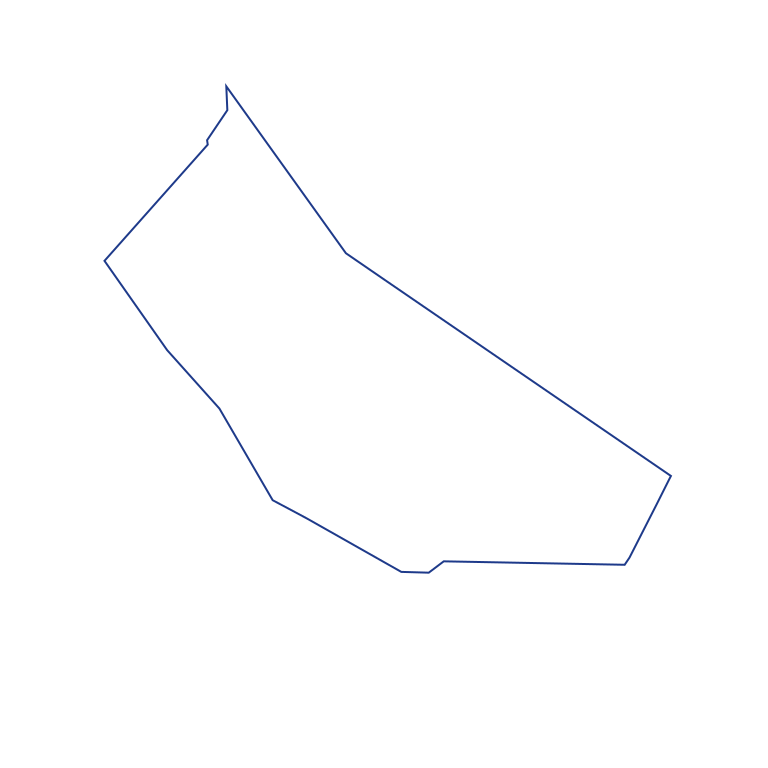 the district of Montgomery, New York, United States of America, rotated 34°
{"feature_id": "52423323B77336622441555", "entity_name": "Montgomery", "entity_type": "district", "adm_level": 2, "iso_a3": "USA", "parent_name": "United States of America", "parent_adm1": "New York", "projection": "equal_earth", "projection_center": [-74.427, 42.91], "detail": "fine", "context": "isolated", "style": "outline", "palette": "blue", "viewbox_px": 768, "rotation_deg": 34, "n_neighbors": 0, "source": "geoboundaries", "source_scale": "gbopen_adm2", "svg_char_len": 414}
<svg xmlns="http://www.w3.org/2000/svg" viewBox="0 0 768 768"><g transform="rotate(34 384 384)"><path d="M677.3,331.1L673.8,304.0L673.3,299.8L326.7,297.3L279.3,296.9L86.8,225.4L101.0,244.6L101.0,280.8L104.0,284.1L83.4,438.2L94.1,442.3L185.3,477.2L261.3,496.4L356.7,542.6L395.3,538.6L503.4,530.1L526.6,515.4L532.7,497.6L684.6,399.3L684.6,390.6L677.3,331.1Z" fill="none" stroke="#1e3a8a" stroke-width="2"/></g></svg>